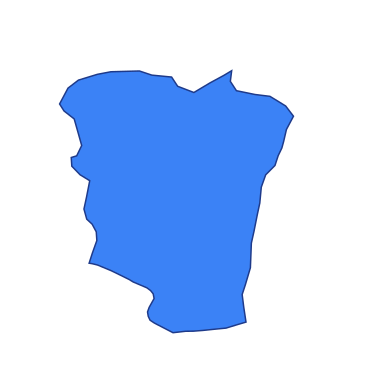 outline of Tongchang, P'yŏngan-bukto, North Korea, rotated 163°
{"feature_id": "82179303B87943019672886", "entity_name": "Tongchang", "entity_type": "district", "adm_level": 2, "iso_a3": "PRK", "parent_name": "North Korea", "parent_adm1": "P'yŏngan-bukto", "projection": "orthographic", "projection_center": [125.536, 40.225], "detail": "fine", "context": "isolated", "style": "filled", "palette": "blue", "viewbox_px": 384, "rotation_deg": 163, "n_neighbors": 0, "source": "geoboundaries", "source_scale": "gbopen_adm2", "svg_char_len": 1046}
<svg xmlns="http://www.w3.org/2000/svg" viewBox="0 0 384 384"><g transform="rotate(163 192 192)"><path d="M93.2,207.8L89.6,213.5L83.4,224.2L72.8,234.8L77.3,246.9L89.5,260.7L103.2,266.8L119.9,275.9L123.0,286.6L118.6,296.4L127.5,294.2L142.8,291.1L161.1,286.6L174.8,297.3L177.9,307.9L196.2,315.5L206.9,323.1L234.4,330.7L248.1,332.2L267.9,332.2L280.2,327.6L292.9,314.9L290.7,306.9L283.3,296.3L283.6,281.4L283.9,268.7L291.7,260.3L297.4,260.3L299.4,251.8L294.0,241.2L286.5,232.7L294.4,217.9L300.3,207.3L300.6,196.8L296.9,190.4L295.2,181.9L297.2,173.4L305.0,162.9L311.2,154.0L308.2,152.5L303.7,149.8L292.2,140.3L278.0,127.0L274.6,123.2L263.2,113.6L260.4,109.8L258.9,106.0L259.4,101.2L266.7,94.2L269.6,90.3L270.2,85.9L269.6,81.7L266.5,77.9L264.0,75.4L251.3,63.0L238.9,60.7L231.3,58.5L221.9,56.4L210.6,54.2L199.3,51.9L187.9,51.9L178.4,51.8L176.2,66.6L174.0,79.3L168.1,87.7L158.3,102.5L150.2,125.7L144.2,136.3L136.3,151.0L130.4,161.6L124.3,176.4L116.5,186.9L104.9,193.1L99.0,201.5L93.2,207.8Z" fill="#3b82f6" stroke="#1e3a8a" stroke-width="1.5"/></g></svg>